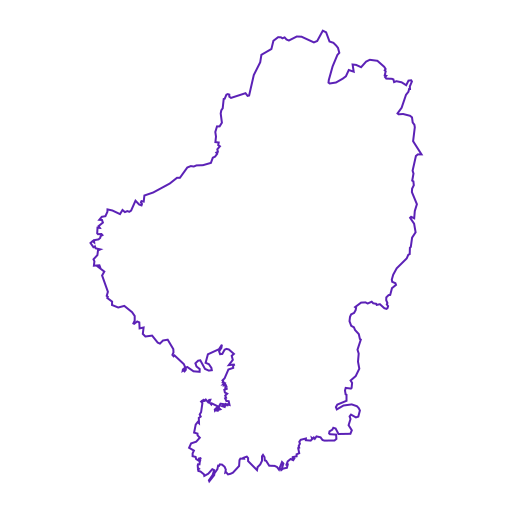 Chuadanga, Khulna, Bangladesh
{"feature_id": "16705992B19758630986204", "entity_name": "Chuadanga", "entity_type": "district", "adm_level": 2, "iso_a3": "BGD", "parent_name": "Bangladesh", "parent_adm1": "Khulna", "projection": "orthographic", "projection_center": [88.863, 23.601], "detail": "fine", "context": "isolated", "style": "outline", "palette": "violet", "viewbox_px": 512, "rotation_deg": 0, "n_neighbors": 0, "source": "geoboundaries", "source_scale": "gbopen_adm2", "svg_char_len": 6024}
<svg xmlns="http://www.w3.org/2000/svg" viewBox="0 0 512 512"><path d="M421.5,154.4L413.1,141.2L414.8,127.3L414.4,124.8L412.7,122.5L412.0,117.4L410.1,115.8L403.1,114.0L398.6,114.3L397.5,113.4L401.6,107.8L406.0,94.8L408.4,91.8L409.1,89.0L410.0,89.0L409.8,86.5L411.9,81.5L411.2,80.3L408.5,80.6L406.2,85.2L401.6,82.3L396.4,81.2L394.1,82.1L393.4,79.4L391.9,78.8L386.3,78.6L385.1,77.1L386.2,75.8L384.7,75.4L385.7,71.3L384.7,70.3L385.6,69.0L384.2,66.8L377.4,60.8L369.8,59.8L366.1,61.6L361.1,67.2L356.1,64.9L352.6,64.5L353.7,71.7L348.8,70.0L345.9,76.3L342.7,78.7L336.0,82.5L329.7,83.5L328.5,82.6L328.8,80.0L332.6,66.4L337.4,54.9L339.3,52.8L338.0,47.9L336.2,45.6L333.4,42.8L329.5,41.5L326.1,32.3L322.8,30.7L317.2,41.0L313.9,42.4L301.5,36.7L296.8,36.5L288.9,40.5L286.5,39.5L284.6,37.4L282.4,38.3L280.9,37.3L278.1,37.2L273.4,40.8L271.4,49.0L261.4,54.8L260.2,62.3L253.8,75.0L249.1,95.5L247.6,95.9L245.5,93.2L231.0,97.9L229.3,96.7L229.3,94.6L227.7,94.1L226.4,94.7L224.7,98.7L223.7,99.0L222.7,108.3L221.3,110.3L220.7,113.5L221.9,122.7L219.6,126.4L217.0,126.4L215.3,132.0L216.0,136.6L215.4,142.1L218.7,142.5L218.2,145.1L219.9,146.3L217.3,149.3L217.9,151.8L216.3,152.6L217.2,153.8L215.1,156.6L212.8,157.7L210.9,162.9L202.9,165.2L196.5,165.4L193.8,166.5L190.8,166.1L187.3,167.5L179.9,177.8L177.0,177.8L169.8,183.5L153.2,192.5L144.4,195.5L143.7,201.6L141.5,201.1L140.9,202.3L142.0,204.0L141.5,205.4L139.1,204.5L135.5,200.7L131.1,210.6L129.3,211.8L127.3,211.1L124.9,212.1L122.5,210.0L120.0,214.1L112.4,210.5L107.5,209.4L107.4,211.8L105.4,216.2L101.8,216.8L99.3,219.8L102.0,220.0L102.9,222.6L98.6,226.1L99.8,227.9L97.5,227.7L97.2,233.3L98.0,234.2L101.4,234.0L102.4,235.1L100.6,236.1L100.2,237.9L98.5,239.4L94.0,240.2L94.2,242.4L92.6,241.1L90.5,243.0L93.4,247.2L94.9,246.4L95.6,248.3L100.3,249.4L98.0,250.4L97.4,255.1L93.5,259.3L94.4,261.4L93.9,265.7L99.4,265.3L100.0,266.9L98.2,266.9L104.3,271.6L102.1,275.5L107.9,291.8L106.7,295.9L107.8,296.8L107.3,298.0L112.1,301.6L112.0,305.0L118.2,307.5L124.3,305.9L132.1,312.2L134.7,316.0L134.7,320.6L133.4,323.4L134.2,323.8L137.2,321.5L139.3,322.4L139.6,328.4L143.6,327.5L142.8,333.9L145.4,336.5L152.1,335.6L157.7,342.6L159.9,343.6L163.0,340.5L167.7,339.7L173.3,349.1L173.5,352.4L172.4,354.9L173.6,356.3L174.5,355.4L183.8,364.1L185.3,367.5L182.9,369.5L182.7,370.7L184.6,369.2L183.8,370.8L184.5,371.4L185.8,369.8L185.7,367.7L187.3,367.0L193.5,371.3L199.6,371.8L199.7,369.0L196.5,366.5L195.4,363.3L198.1,360.7L200.3,360.3L205.0,368.9L208.8,370.6L211.8,370.2L211.4,367.9L208.9,364.2L205.6,362.8L207.9,354.3L219.0,349.2L221.9,344.7L221.4,347.9L219.1,351.3L220.1,354.2L222.3,353.9L224.6,349.7L226.5,348.9L228.9,349.5L233.9,353.9L231.7,355.8L232.8,359.9L228.8,365.1L234.7,364.5L233.1,365.6L233.2,367.9L228.4,369.5L224.6,378.3L222.5,380.4L223.3,381.3L222.7,382.4L224.4,383.0L223.3,384.2L224.7,383.9L224.1,385.3L225.7,384.9L226.4,386.5L225.5,386.6L225.2,389.1L227.6,388.5L224.3,389.8L224.9,392.5L227.2,393.7L225.2,395.6L226.1,397.8L225.1,398.3L226.4,401.0L228.7,401.2L229.5,404.9L227.7,404.3L227.4,406.1L227.0,404.6L225.7,404.0L224.7,407.0L222.1,406.1L224.3,405.7L224.2,404.2L220.5,403.7L218.9,406.5L218.9,408.0L220.3,409.3L219.3,409.6L218.1,407.9L217.1,409.9L218.6,410.9L216.9,410.6L216.5,409.3L215.0,410.7L214.8,409.5L218.1,406.5L211.8,403.4L211.3,404.5L209.3,402.3L210.3,399.8L209.2,399.9L208.1,402.2L205.8,399.6L204.9,400.7L203.7,399.8L202.4,400.6L203.2,401.2L201.3,401.7L202.4,403.2L201.1,412.1L199.7,414.5L200.7,416.6L198.8,417.9L199.0,423.2L197.7,422.0L195.7,424.6L194.1,432.6L197.5,433.6L197.6,435.4L199.8,437.7L196.2,441.7L191.1,443.4L189.1,447.8L193.9,450.6L192.6,453.4L192.6,456.2L195.6,456.9L196.1,459.0L198.4,460.5L199.0,458.5L201.2,458.0L199.9,458.9L199.8,460.1L200.9,460.7L199.9,460.7L199.5,464.3L198.0,464.3L197.7,465.5L197.9,467.9L199.0,468.8L198.0,469.4L198.4,471.0L200.5,471.5L204.0,474.4L204.3,475.9L208.3,473.7L212.3,469.2L214.1,470.1L212.7,474.9L208.9,480.3L209.3,481.3L214.2,475.1L214.4,473.4L217.4,469.1L218.1,465.7L219.0,465.9L219.8,464.4L222.0,464.6L224.6,466.8L225.8,469.6L225.3,472.6L226.1,472.2L228.0,474.4L230.5,473.8L232.9,472.7L239.1,466.0L239.5,460.1L240.4,458.6L243.9,458.7L243.5,457.8L246.8,456.6L248.1,458.1L248.1,461.1L257.0,470.1L257.6,467.1L260.2,464.5L262.0,460.8L262.0,456.3L263.0,454.9L264.5,457.2L264.8,460.4L266.1,460.8L269.2,465.7L274.6,465.9L277.0,467.0L279.0,469.7L282.0,462.0L283.4,463.5L281.8,468.8L280.8,469.2L281.2,470.1L283.1,468.6L286.9,467.8L288.0,463.5L286.1,465.6L287.7,461.4L290.6,459.0L293.2,460.2L294.2,458.6L292.6,457.9L292.7,457.1L296.6,456.3L296.6,454.3L299.2,453.2L298.2,448.1L299.2,447.7L298.7,446.0L299.9,443.7L299.3,441.8L300.7,439.8L305.9,438.5L305.8,440.2L310.7,440.6L312.2,439.0L311.9,437.9L312.9,438.6L313.8,437.5L314.8,438.8L316.5,436.4L320.5,437.3L322.5,440.0L324.4,440.6L334.5,440.5L336.4,438.9L336.1,434.6L329.9,434.2L329.1,433.4L329.5,431.4L332.3,429.7L333.3,427.8L335.6,428.5L338.5,434.0L350.4,433.8L351.8,430.3L348.6,425.2L350.5,419.0L349.6,416.4L351.0,414.6L355.9,417.4L358.3,416.6L359.9,410.5L358.7,408.1L356.9,406.2L351.7,404.4L343.5,405.5L336.8,409.4L335.9,407.1L337.3,404.6L346.5,400.8L346.5,394.8L345.6,394.3L345.0,390.5L345.7,387.9L350.9,388.6L351.6,387.9L352.1,382.9L350.6,380.5L355.7,376.1L359.3,368.7L358.0,361.6L358.7,353.6L357.5,349.7L360.8,339.6L359.9,339.0L358.8,334.1L355.1,330.1L353.9,327.3L351.2,325.8L349.5,321.2L350.0,316.9L351.1,314.4L354.1,312.9L355.6,310.2L356.1,307.9L355.1,307.1L361.1,302.6L365.5,302.4L367.7,303.5L371.7,301.7L373.2,303.3L376.2,303.8L376.7,304.9L379.9,304.2L384.3,308.2L386.5,308.9L387.5,308.1L388.1,306.1L386.8,304.4L387.4,303.0L386.2,300.2L386.3,297.4L388.6,295.1L390.2,294.9L392.0,288.1L396.0,284.9L395.4,283.2L392.2,281.8L391.8,279.6L393.2,274.7L396.7,268.3L406.7,258.4L408.3,254.8L409.7,254.1L409.9,247.8L410.8,246.9L412.1,237.6L415.6,232.3L414.1,223.7L410.1,217.8L411.1,216.8L414.2,218.3L414.8,211.0L416.9,204.2L411.9,192.1L412.1,188.7L413.8,185.2L413.4,181.4L412.2,180.6L413.5,173.6L412.6,170.7L415.9,156.0L417.8,154.4L421.5,154.4Z" fill="none" stroke="#5b21b6" stroke-width="2"/></svg>